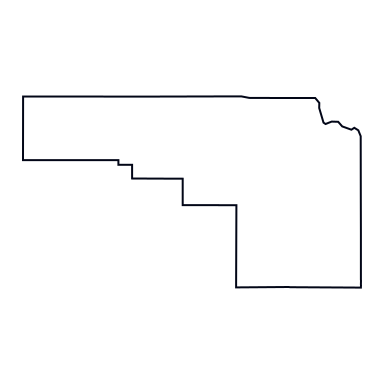 the district of Bonneville, Idaho, United States of America
{"feature_id": "52423323B55916702614630", "entity_name": "Bonneville", "entity_type": "district", "adm_level": 2, "iso_a3": "USA", "parent_name": "United States of America", "parent_adm1": "Idaho", "projection": "mercator", "projection_center": [-111.357, 43.323], "detail": "fine", "context": "isolated", "style": "outline", "palette": "ink", "viewbox_px": 384, "rotation_deg": 0, "n_neighbors": 0, "source": "geoboundaries", "source_scale": "gbopen_adm2", "svg_char_len": 718}
<svg xmlns="http://www.w3.org/2000/svg" viewBox="0 0 384 384"><path d="M236.1,287.4L288.6,287.0L290.2,287.2L360.9,287.6L360.9,286.6L361.0,286.0L361.0,285.9L361.0,285.4L360.9,284.5L361.0,280.7L360.9,279.7L360.9,279.2L360.9,276.5L360.9,274.8L360.9,272.9L360.9,272.3L360.9,271.0L360.9,238.1L360.9,235.8L360.9,234.3L360.9,232.3L360.8,194.6L360.7,136.2L358.3,130.3L354.3,127.8L351.4,129.7L342.2,126.4L338.2,121.8L331.7,121.6L325.5,124.0L323.5,122.6L319.2,108.0L319.3,102.9L315.2,98.0L279.5,98.0L249.3,97.9L241.4,96.4L227.7,96.4L145.8,96.6L23.1,96.5L23.0,160.1L118.4,160.1L118.4,164.8L132.1,164.8L132.1,178.5L154.5,178.6L182.7,178.7L182.7,205.1L236.4,205.2L236.1,287.4Z" fill="none" stroke="#020617" stroke-width="2"/></svg>